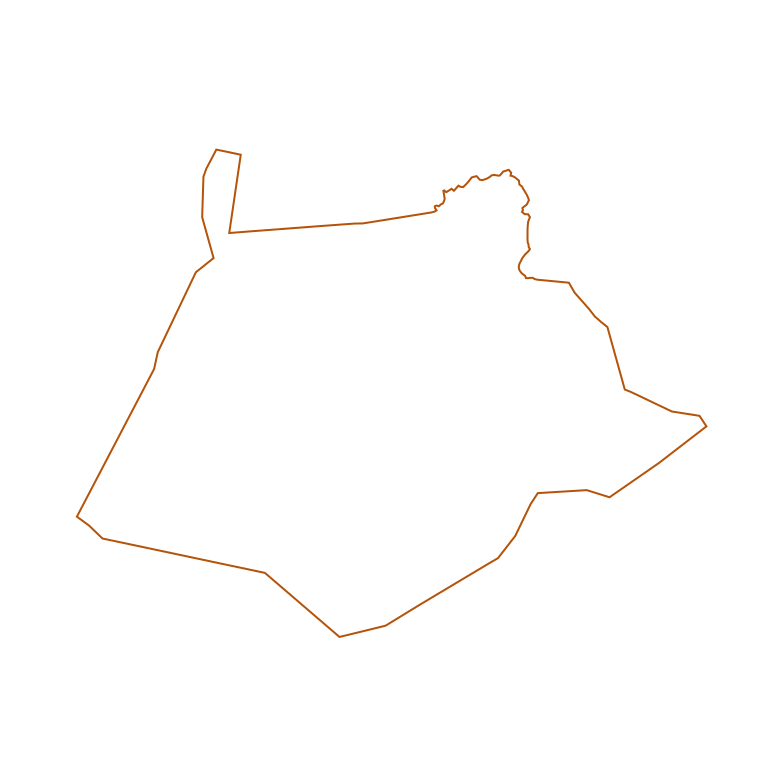 outline of San Miguel Ahuehuetitlán, Oaxaca, Mexico, rotated 175°
{"feature_id": "50627088B72603284023159", "entity_name": "San Miguel Ahuehuetitlán", "entity_type": "district", "adm_level": 2, "iso_a3": "MEX", "parent_name": "Mexico", "parent_adm1": "Oaxaca", "projection": "albers", "projection_center": [-98.356, 17.679], "detail": "fine", "context": "isolated", "style": "outline", "palette": "amber", "viewbox_px": 768, "rotation_deg": 175, "n_neighbors": 0, "source": "geoboundaries", "source_scale": "gbopen_adm2", "svg_char_len": 1879}
<svg xmlns="http://www.w3.org/2000/svg" viewBox="0 0 768 768"><g transform="rotate(175 384 384)"><path d="M450.4,135.9L403.5,143.1L367.4,161.1L295.2,196.1L285.6,200.6L266.5,221.2L248.4,251.6L240.3,261.9L191.3,260.6L169.2,251.5L117.1,281.3L66.5,313.7L72.5,324.8L99.6,331.5L116.1,341.2L121.3,344.3L139.2,354.8L144.2,357.3L144.6,357.5L156.5,421.3L162.5,427.0L165.2,429.9L168.1,432.9L173.3,441.0L186.1,458.3L191.0,468.8L217.0,473.6L222.0,474.5L224.8,475.4L226.5,476.8L227.1,476.8L228.8,477.0L231.2,476.9L233.4,477.1L233.9,479.3L235.2,480.5L237.1,482.2L238.7,484.7L239.4,486.4L239.6,488.7L238.7,491.8L235.2,497.4L232.4,500.5L228.0,504.2L226.9,505.7L227.9,507.8L227.9,510.6L228.5,512.2L228.4,516.1L227.8,522.3L227.6,524.8L227.2,528.1L226.3,532.9L224.1,537.5L225.6,540.5L229.0,540.9L231.5,543.4L230.4,545.1L230.9,547.2L229.5,548.2L227.3,549.5L225.9,550.6L224.6,552.9L223.6,554.5L224.1,556.7L225.4,560.4L226.9,563.4L228.0,565.6L228.5,566.6L229.2,568.6L231.7,570.9L231.9,574.9L235.5,578.4L238.2,580.1L239.8,580.5L238.9,583.4L241.1,586.5L246.9,585.2L248.2,583.7L250.7,581.5L252.4,581.7L254.9,582.4L256.6,582.7L258.7,582.4L260.5,581.1L264.2,579.4L268.5,578.5L271.0,579.3L272.2,581.1L273.0,582.2L273.7,583.0L276.3,582.6L278.7,582.1L281.2,579.3L284.7,575.9L288.1,573.2L291.2,574.0L292.6,575.1L296.2,571.6L297.5,570.4L299.7,572.6L302.6,571.0L305.3,569.7L307.2,571.6L308.0,571.2L307.7,566.7L307.4,563.4L307.7,562.1L309.5,558.8L311.7,558.0L312.8,557.1L313.9,556.3L315.5,557.0L316.8,557.1L317.9,556.6L318.0,555.0L317.0,553.4L316.5,552.4L318.8,551.3L322.4,550.7L325.2,550.6L326.9,550.4L391.3,545.8L392.2,545.9L399.4,546.4L435.3,546.9L503.2,547.7L525.0,547.9L510.4,609.4L506.7,624.9L530.6,632.1L542.3,613.9L545.8,606.2L550.6,566.0L542.8,524.3L561.7,511.7L606.6,435.4L611.7,419.0L701.5,278.6L690.2,268.7L677.9,254.6L519.1,206.2L450.4,135.9Z" fill="none" stroke="#b45309" stroke-width="2"/></g></svg>